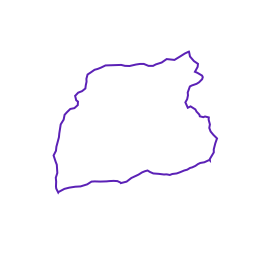 outline of Oghuz District, Oğuz, Azerbaijan, rotated 62°
{"feature_id": "54616110B99657283459996", "entity_name": "Oghuz District", "entity_type": "district", "adm_level": 2, "iso_a3": "AZE", "parent_name": "Azerbaijan", "parent_adm1": "Oğuz", "projection": "albers", "projection_center": [47.537, 41.048], "detail": "fine", "context": "isolated", "style": "outline", "palette": "violet", "viewbox_px": 256, "rotation_deg": 62, "n_neighbors": 0, "source": "geoboundaries", "source_scale": "gbopen_adm2", "svg_char_len": 1712}
<svg xmlns="http://www.w3.org/2000/svg" viewBox="0 0 256 256"><g transform="rotate(62 128 128)"><path d="M195.1,70.9L193.8,70.3L189.8,63.7L187.1,62.3L182.5,58.1L179.0,54.3L174.2,55.8L169.9,56.7L166.1,56.2L163.3,54.0L158.5,52.9L156.6,51.7L154.0,54.6L153.8,56.4L151.4,59.1L149.7,58.7L145.7,59.8L143.2,59.8L138.3,62.6L138.2,65.7L132.3,65.3L130.3,62.2L127.3,59.7L124.7,58.6L120.4,53.9L120.4,51.8L121.2,46.7L121.0,43.8L119.7,39.6L118.2,38.1L116.5,38.0L111.9,40.8L109.8,42.5L106.7,37.8L104.2,36.1L99.8,38.4L94.0,39.7L89.2,38.3L89.1,38.6L88.9,42.8L89.3,48.3L89.7,55.0L87.8,57.8L85.3,61.5L86.0,67.5L84.9,73.6L84.9,76.7L82.8,80.7L78.8,84.0L77.0,87.5L75.8,90.9L75.7,91.2L74.0,97.5L71.7,101.5L69.1,104.4L66.6,109.5L64.5,113.8L63.7,115.4L62.2,118.5L62.0,123.5L61.6,127.1L60.9,130.2L61.5,135.2L61.8,138.6L65.0,141.6L67.7,142.9L70.3,145.1L73.1,147.1L73.9,151.3L73.4,155.4L74.8,159.6L79.2,160.7L81.2,159.8L84.2,161.6L85.3,166.0L84.1,170.0L85.4,174.5L86.6,177.8L90.4,180.9L93.2,185.7L97.2,188.7L100.5,191.2L103.7,193.3L107.8,197.1L110.9,200.0L114.3,202.3L117.3,206.6L123.7,207.7L127.0,208.1L134.5,211.5L138.0,215.1L141.6,216.6L145.9,219.1L147.8,219.8L152.2,219.9L151.9,219.4L151.9,212.7L153.1,207.8L155.1,202.1L157.3,197.3L158.6,190.5L158.2,185.4L159.5,182.5L162.2,177.8L162.5,177.2L165.0,172.1L166.3,169.0L167.9,165.6L169.9,162.3L172.7,160.2L173.3,160.2L174.7,154.4L173.7,148.4L174.1,140.6L173.8,136.4L174.1,133.4L174.7,130.7L177.2,129.2L180.0,127.0L181.7,124.3L182.9,122.4L184.8,119.7L185.9,118.1L187.1,115.6L189.1,113.1L189.4,110.5L191.0,106.3L191.5,102.7L191.9,98.4L192.6,95.2L192.4,92.0L192.9,89.8L193.1,86.3L192.7,83.2L192.8,80.6L194.1,76.7L194.4,71.1L195.1,70.9Z" fill="none" stroke="#5b21b6" stroke-width="2"/></g></svg>